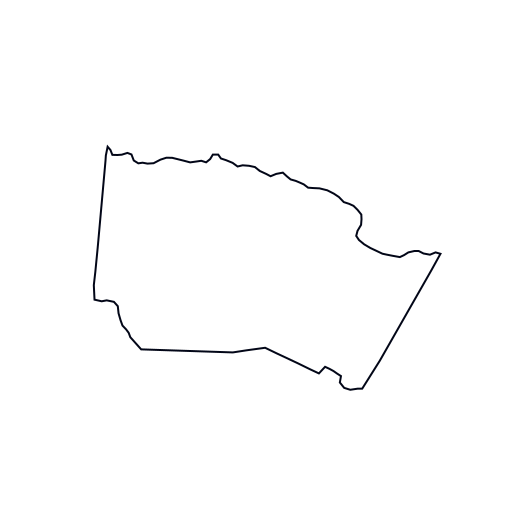 São Domingos, Bahia, Brazil (Albers equal-area conic projection), rotated 151°
{"feature_id": "56859067B2625578868269", "entity_name": "São Domingos", "entity_type": "district", "adm_level": 2, "iso_a3": "BRA", "parent_name": "Brazil", "parent_adm1": "Bahia", "projection": "albers", "projection_center": [-39.595, -11.458], "detail": "fine", "context": "isolated", "style": "outline", "palette": "ink", "viewbox_px": 512, "rotation_deg": 151, "n_neighbors": 0, "source": "geoboundaries", "source_scale": "gbopen_adm2", "svg_char_len": 1492}
<svg xmlns="http://www.w3.org/2000/svg" viewBox="0 0 512 512"><g transform="rotate(151 256 256)"><path d="M211.5,328.6L213.8,334.3L218.4,338.3L223.7,341.8L228.7,343.2L231.3,348.8L235.7,354.3L239.4,358.3L239.9,363.0L244.6,365.6L249.1,363.0L254.2,362.1L257.7,365.8L261.7,367.3L268.2,369.8L273.1,374.5L277.5,378.6L281.7,382.5L286.7,385.4L292.9,386.6L300.6,386.8L306.1,389.4L310.0,392.6L314.0,394.1L316.6,398.8L315.7,405.2L318.5,408.5L324.3,409.7L328.2,411.5L332.6,414.1L331.9,419.3L332.8,423.5L338.6,416.7L341.5,412.2L388.2,343.3L391.0,339.2L404.3,319.9L407.8,315.0L412.0,309.1L418.4,296.1L412.9,291.2L408.1,289.6L402.5,284.8L401.2,279.1L404.0,272.5L405.6,265.5L406.5,259.9L405.2,254.9L404.6,250.5L405.3,245.9L401.7,230.0L323.0,182.9L310.0,178.1L292.5,171.3L285.1,160.8L271.5,142.0L263.4,130.4L257.9,122.8L249.3,125.6L246.4,121.6L244.0,117.8L242.0,113.7L239.9,109.8L244.0,104.7L242.8,97.9L238.4,93.3L231.2,90.6L227.4,88.5L198.5,104.4L109.7,158.4L93.6,168.5L97.2,172.1L103.2,172.8L108.3,177.0L111.3,181.5L115.1,183.6L121.0,185.3L126.1,185.0L130.7,185.3L136.6,190.1L141.1,193.9L144.3,196.7L148.1,202.0L152.2,207.7L155.8,213.9L158.2,220.1L158.6,225.0L155.0,228.8L149.0,232.3L145.9,237.0L143.8,241.2L144.8,247.1L146.4,252.6L149.2,256.4L153.1,260.6L154.9,267.4L157.7,272.8L161.8,278.9L167.7,284.4L173.2,287.8L177.3,290.5L179.5,295.5L182.2,299.1L184.8,302.4L188.6,306.2L190.3,310.5L192.1,315.9L198.5,318.0L204.6,318.7L207.2,322.7L211.5,328.6Z" fill="none" stroke="#020617" stroke-width="2"/></g></svg>